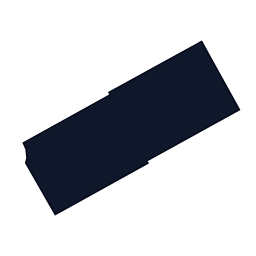 Hyde, South Dakota, United States of America, rotated 61°
{"feature_id": "52423323B29603779498956", "entity_name": "Hyde", "entity_type": "district", "adm_level": 2, "iso_a3": "USA", "parent_name": "United States of America", "parent_adm1": "South Dakota", "projection": "mercator", "projection_center": [-99.535, 44.545], "detail": "fine", "context": "isolated", "style": "filled", "palette": "ink", "viewbox_px": 256, "rotation_deg": 61, "n_neighbors": 0, "source": "geoboundaries", "source_scale": "gbopen_adm2", "svg_char_len": 316}
<svg xmlns="http://www.w3.org/2000/svg" viewBox="0 0 256 256"><g transform="rotate(61 128 128)"><path d="M88.0,21.6L87.6,127.4L90.3,127.4L90.3,226.8L97.0,227.4L105.3,230.9L109.0,234.4L168.4,233.6L168.4,127.6L165.8,127.6L166.0,21.7L109.8,21.7L88.0,21.6Z" fill="#0f172a" stroke="#020617" stroke-width="1.5"/></g></svg>